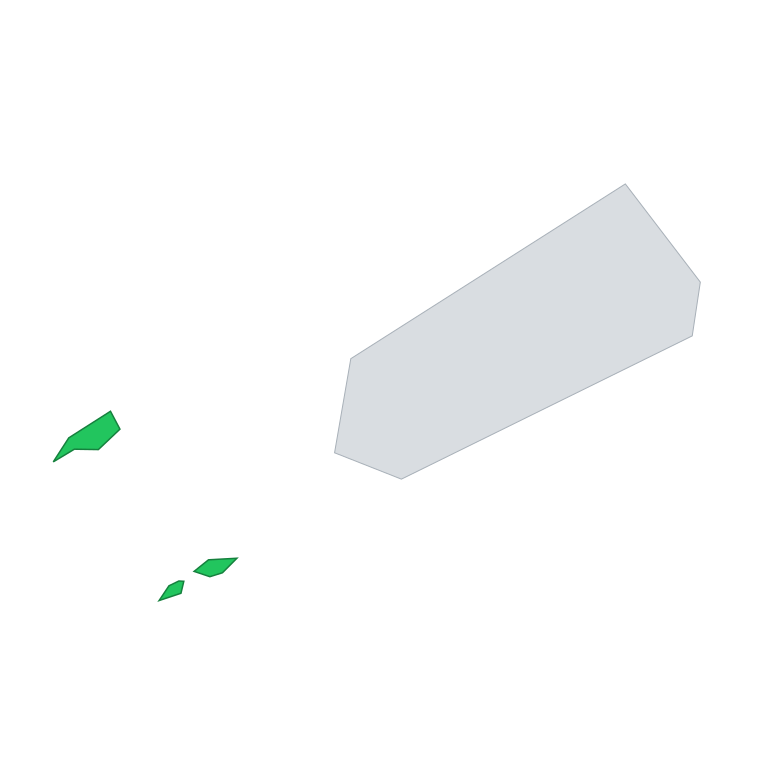 United States Virgin Islands highlighted among its neighbors, rotated 149°
{"feature_id": "VIR", "entity_name": "United States Virgin Islands", "entity_type": "country or territory", "adm_level": 0, "iso_a3": "VIR", "parent_name": "North America", "parent_adm1": "", "projection": "natural_earth1", "projection_center": [-64.793, 18.043], "detail": "fine", "context": "with_neighbors", "style": "filled", "palette": "green", "viewbox_px": 768, "rotation_deg": 149, "n_neighbors": 1, "source": "natural_earth", "source_scale": "50m", "svg_char_len": 543}
<svg xmlns="http://www.w3.org/2000/svg" viewBox="0 0 768 768"><g transform="rotate(149 384 384)"><path d="M95.0,266.5L418.1,293.5L461.8,350.5L399.4,422.8L74.1,431.2L60.4,308.4L95.0,266.5Z" fill="#d9dde1" stroke="#a8b0b8" stroke-width="1"/><path d="M662.6,474.9L683.0,487.6L707.6,487.6L681.9,500.2L632.5,501.5L633.6,481.3L662.6,474.9ZM643.3,321.2L625.0,323.7L599.8,310.4L619.7,305.4L632.5,308.5L643.3,321.2ZM688.3,314.2L672.2,321.8L661.3,320.8L657.2,318.0L665.8,309.2L688.3,314.2Z" fill="#22c55e" stroke="#15803d" stroke-width="1.5"/></g></svg>